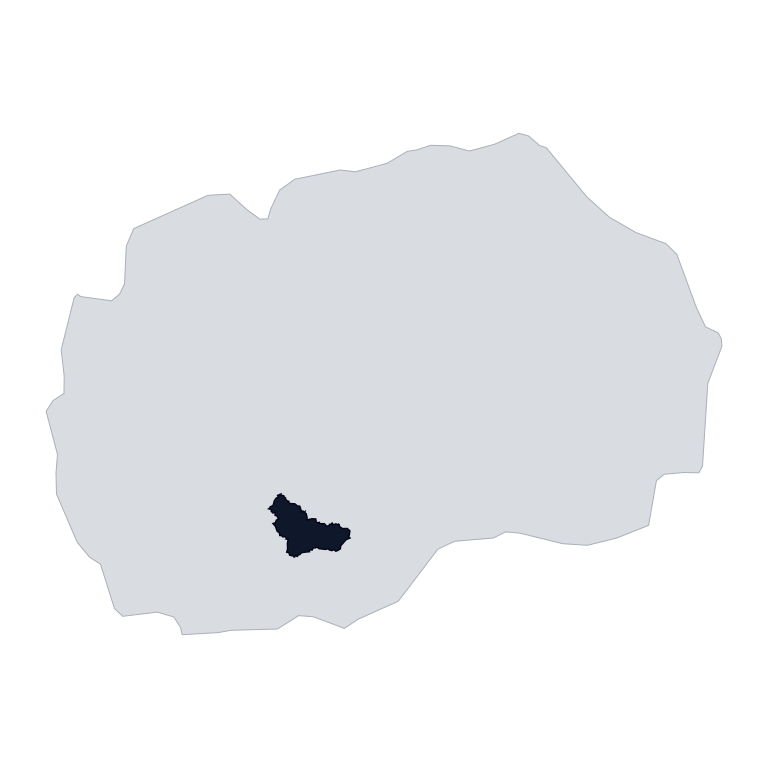 Mogila, Mogila, North Macedonia shown in context
{"feature_id": "65306769B16932285740052", "entity_name": "Mogila", "entity_type": "district", "adm_level": 2, "iso_a3": "MKD", "parent_name": "North Macedonia", "parent_adm1": "Mogila", "projection": "natural_earth1", "projection_center": [21.425, 41.178], "detail": "fine", "context": "in_parent", "style": "filled", "palette": "ink", "viewbox_px": 768, "rotation_deg": 0, "n_neighbors": 0, "source": "geoboundaries", "source_scale": "gbopen_adm2", "svg_char_len": 2461}
<svg xmlns="http://www.w3.org/2000/svg" viewBox="0 0 768 768"><path d="M340.5,170.0L355.2,171.8L387.1,163.3L407.0,151.5L417.1,149.8L430.5,145.3L449.9,145.9L469.5,151.0L494.4,144.3L518.9,133.3L528.7,136.0L539.4,145.4L546.4,147.9L587.3,197.4L609.6,217.4L636.0,232.6L666.0,243.7L676.8,254.3L696.2,307.0L705.5,326.9L718.2,332.9L721.3,338.6L721.9,346.3L707.8,383.3L702.5,466.2L698.9,472.8L683.9,472.5L664.0,474.3L656.4,480.7L648.6,525.3L616.5,538.1L587.4,545.3L562.8,543.7L519.6,533.1L505.5,531.9L493.4,538.0L454.9,541.2L438.0,549.0L398.3,601.2L358.0,619.3L344.3,628.4L313.5,616.8L298.7,615.6L277.4,629.0L230.7,630.3L218.1,632.6L182.1,634.7L180.6,627.5L173.9,617.0L157.2,612.1L122.8,616.3L114.5,608.6L100.5,564.2L89.5,557.1L77.2,542.2L56.5,494.0L56.0,472.9L57.5,454.5L46.1,411.3L53.2,400.4L64.0,393.5L64.2,376.1L61.2,349.7L74.1,297.9L77.5,294.2L80.8,296.6L111.5,300.8L119.5,294.2L124.5,284.0L126.3,246.1L133.7,228.6L208.0,195.3L229.8,194.1L246.5,209.4L259.8,219.1L267.8,218.9L270.7,209.0L279.7,190.0L294.9,179.2L340.1,170.0L340.5,170.0Z" fill="#d9dde1" stroke="#a8b0b8" stroke-width="1"/><path d="M305.3,552.1L309.5,551.7L309.2,549.9L312.2,550.0L313.2,547.8L315.4,547.9L316.8,547.0L319.2,548.7L325.8,549.4L327.8,548.7L330.1,550.3L330.8,550.0L331.7,550.6L333.9,549.7L335.8,551.2L337.7,550.5L340.3,548.9L340.8,545.6L346.3,539.5L350.0,538.0L348.3,536.1L349.2,535.4L349.9,530.9L347.3,528.5L342.6,528.6L339.6,526.7L339.2,524.6L338.3,524.1L337.7,524.9L336.0,523.9L333.1,524.8L332.3,523.1L331.6,523.4L331.8,524.3L329.5,524.4L329.6,525.2L328.4,525.9L325.8,526.1L325.6,524.9L324.3,523.7L319.6,523.7L319.4,522.4L316.5,522.8L315.7,518.9L312.0,518.8L306.8,519.9L307.1,517.9L306.3,514.0L304.7,512.3L304.9,511.7L304.2,512.2L302.9,511.0L301.6,511.8L299.8,506.2L297.4,505.9L294.8,503.8L290.2,503.6L288.1,501.8L288.6,501.3L287.3,501.0L285.4,499.0L285.5,497.9L284.1,496.9L283.7,495.7L280.8,495.3L281.0,494.0L277.6,495.4L278.4,497.0L276.0,498.3L274.4,500.7L273.1,505.4L270.1,506.9L269.8,508.1L268.7,508.8L270.5,509.3L271.5,510.5L271.3,511.4L273.0,513.0L275.4,512.2L275.0,515.2L276.9,516.0L278.5,518.9L276.4,520.1L275.3,522.8L273.0,523.5L275.4,526.3L277.2,531.3L279.4,532.8L279.8,535.5L281.6,535.6L283.0,537.0L284.9,536.4L286.7,538.6L286.2,539.0L288.2,539.4L287.4,543.2L287.6,549.1L286.7,552.2L288.8,552.6L289.7,555.2L293.9,556.1L294.0,557.0L294.6,557.0L295.2,555.6L297.4,556.4L298.0,555.0L299.8,554.6L301.5,552.7L305.3,552.1Z" fill="#0f172a" stroke="#020617" stroke-width="1.5"/></svg>